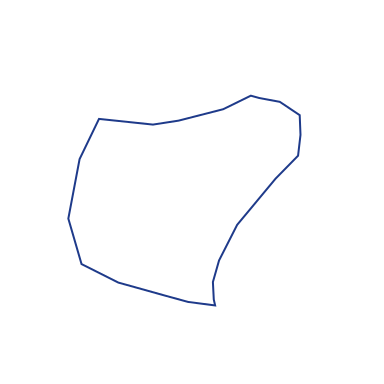 Unjong Dist., P'yŏngan-namdo, North Korea (orthographic projection), rotated 240°
{"feature_id": "82179303B85891331606678", "entity_name": "Unjong Dist.", "entity_type": "district", "adm_level": 2, "iso_a3": "PRK", "parent_name": "North Korea", "parent_adm1": "P'yŏngan-namdo", "projection": "orthographic", "projection_center": [125.854, 39.212], "detail": "fine", "context": "isolated", "style": "outline", "palette": "blue", "viewbox_px": 384, "rotation_deg": 240, "n_neighbors": 0, "source": "geoboundaries", "source_scale": "gbopen_adm2", "svg_char_len": 435}
<svg xmlns="http://www.w3.org/2000/svg" viewBox="0 0 384 384"><g transform="rotate(240 192 192)"><path d="M82.2,155.3L88.0,157.1L103.6,165.1L119.2,181.2L141.0,214.7L161.8,271.1L170.4,302.0L187.2,314.5L204.7,323.7L226.2,313.1L239.7,297.3L246.0,291.1L248.1,260.4L260.5,216.1L269.9,191.9L301.8,148.0L276.7,111.1L230.8,71.6L184.8,60.3L150.4,82.9L115.9,116.7L98.7,133.7L82.2,155.3Z" fill="none" stroke="#1e3a8a" stroke-width="2"/></g></svg>